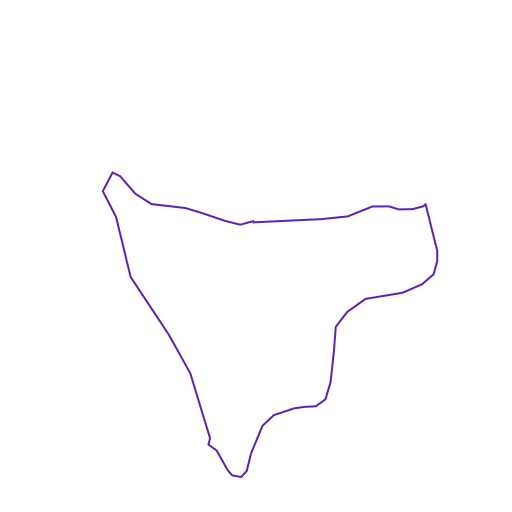 the district of Wee-Gbehyi-Mahn, Nimba, Liberia, rotated 49°
{"feature_id": "62588387B71258849496296", "entity_name": "Wee-Gbehyi-Mahn", "entity_type": "district", "adm_level": 2, "iso_a3": "LBR", "parent_name": "Liberia", "parent_adm1": "Nimba", "projection": "mercator", "projection_center": [-8.856, 6.902], "detail": "fine", "context": "isolated", "style": "outline", "palette": "violet", "viewbox_px": 512, "rotation_deg": 49, "n_neighbors": 0, "source": "geoboundaries", "source_scale": "gbopen_adm2", "svg_char_len": 1230}
<svg xmlns="http://www.w3.org/2000/svg" viewBox="0 0 512 512"><g transform="rotate(49 256 256)"><path d="M408.7,309.4L409.7,297.5L400.1,282.5L394.3,276.2L386.4,267.7L378.8,259.5L365.4,245.9L361.8,242.3L358.6,226.7L358.1,224.1L358.2,222.2L358.6,218.4L359.5,208.7L360.2,201.5L375.1,177.3L379.9,169.4L383.0,159.6L386.3,149.0L386.3,137.0L386.3,134.0L379.3,123.4L378.9,122.7L370.9,115.7L365.2,112.9L349.1,104.7L328.3,94.1L328.1,97.5L323.2,107.3L314.5,117.7L313.3,118.4L305.8,123.1L298.8,131.3L295.8,134.7L295.0,135.7L289.9,150.3L286.3,160.8L278.7,171.6L275.3,176.4L274.9,177.0L270.6,183.1L266.4,188.5L265.9,189.0L251.6,207.1L229.1,235.7L227.8,235.3L222.4,246.6L222.1,247.3L209.1,256.4L193.1,265.7L190.6,267.1L187.9,268.7L173.4,277.9L169.1,281.8L148.3,300.8L133.3,305.2L130.1,306.2L106.6,306.2L98.9,309.5L106.6,329.1L134.7,336.0L152.1,345.0L161.2,349.7L164.5,351.4L168.9,353.7L189.4,364.3L190.6,364.5L251.1,372.5L258.5,373.5L278.1,377.6L298.8,382.0L301.8,382.7L321.2,391.4L341.1,400.3L363.4,410.2L363.7,410.7L367.2,415.6L377.0,413.3L399.1,417.9L405.9,417.9L413.1,412.2L412.2,404.1L401.7,389.2L388.4,362.4L388.3,359.5L387.8,346.8L389.5,342.9L395.8,327.5L401.7,318.4L408.7,309.4Z" fill="none" stroke="#5b21b6" stroke-width="2"/></g></svg>